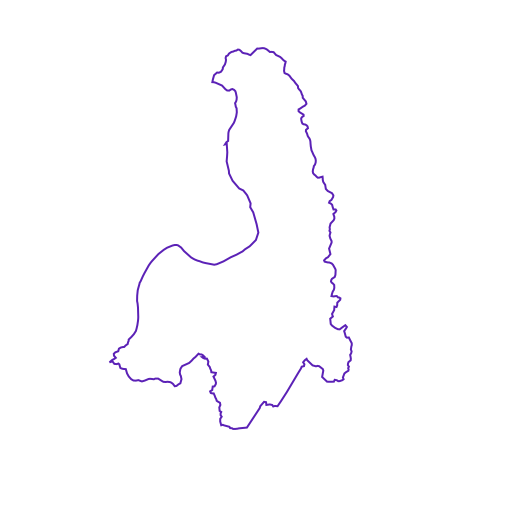 outline of Araguatins, Tocantins, Brazil, rotated 37°
{"feature_id": "56859067B78666971214463", "entity_name": "Araguatins", "entity_type": "district", "adm_level": 2, "iso_a3": "BRA", "parent_name": "Brazil", "parent_adm1": "Tocantins", "projection": "robinson", "projection_center": [-48.121, -5.645], "detail": "fine", "context": "isolated", "style": "outline", "palette": "violet", "viewbox_px": 512, "rotation_deg": 37, "n_neighbors": 0, "source": "geoboundaries", "source_scale": "gbopen_adm2", "svg_char_len": 6119}
<svg xmlns="http://www.w3.org/2000/svg" viewBox="0 0 512 512"><g transform="rotate(37 256 256)"><path d="M229.6,286.2L227.9,288.1L221.6,291.2L220.4,291.8L218.4,292.7L217.2,293.2L214.1,294.1L212.1,294.9L209.5,295.6L207.8,295.9L205.0,296.2L195.6,295.4L191.1,294.3L187.4,294.4L186.1,294.9L184.4,296.2L183.0,297.9L180.0,302.9L178.6,306.6L176.9,313.2L176.0,322.5L175.9,324.5L176.0,327.9L177.2,336.6L177.8,340.1L179.1,345.8L179.2,347.3L179.8,348.6L181.6,353.2L182.2,354.6L185.0,359.2L188.1,363.5L190.0,365.2L192.7,368.1L198.7,375.6L199.8,377.2L200.9,379.0L202.9,382.7L203.6,384.3L204.2,385.6L205.2,388.1L205.5,391.9L205.2,395.7L204.6,399.3L205.4,400.5L205.7,401.9L206.5,403.5L205.7,406.0L205.5,407.9L204.3,409.0L203.1,410.5L202.3,412.5L203.3,415.0L201.6,417.6L201.3,419.7L202.6,421.1L205.3,421.7L204.7,423.6L203.7,425.6L203.0,429.1L204.0,427.6L205.0,426.6L207.8,427.4L209.9,426.1L210.8,424.7L212.1,424.8L213.5,425.9L215.0,427.0L216.2,426.8L217.9,426.1L220.1,424.7L223.7,427.4L226.9,428.8L230.5,429.5L233.0,429.2L235.0,427.9L236.8,425.9L239.0,425.3L240.4,424.8L242.1,422.5L244.2,418.9L245.2,417.9L246.8,416.9L248.6,415.9L249.3,414.6L251.6,412.8L256.5,412.4L257.8,412.2L259.7,411.0L261.0,409.7L263.3,408.4L264.6,408.1L266.6,408.1L269.5,408.9L270.7,407.6L271.3,405.2L272.2,403.2L270.6,399.2L268.1,397.0L266.8,396.4L265.2,394.9L264.1,392.8L263.5,391.4L263.3,388.4L267.0,381.6L267.6,378.2L267.8,375.5L268.4,373.2L268.9,368.6L270.3,368.4L271.8,367.4L273.4,367.2L275.3,367.5L273.7,369.2L275.4,369.2L277.1,368.7L278.6,367.5L281.5,369.0L282.9,371.7L285.9,372.5L287.1,373.4L289.0,374.4L290.3,375.7L292.3,374.6L294.3,373.5L295.1,375.3L294.6,377.9L298.8,380.1L300.4,381.4L301.0,382.6L301.3,385.1L300.0,386.3L301.7,389.4L300.8,391.7L302.3,392.6L303.7,392.1L304.9,391.2L307.4,392.6L308.7,393.5L310.3,394.2L311.8,395.3L313.5,395.2L315.5,394.9L317.2,396.4L317.8,399.0L320.2,401.6L322.1,401.5L322.4,402.9L323.5,404.4L325.3,405.0L325.4,407.5L327.0,409.7L330.1,412.1L331.1,410.8L332.4,410.5L337.6,408.4L338.9,409.0L340.5,408.0L341.8,407.9L343.5,406.6L345.2,405.0L346.0,404.0L352.0,398.5L350.5,375.2L349.8,373.4L350.2,367.6L352.0,366.7L353.9,368.7L356.4,366.2L358.7,365.2L360.3,365.8L361.3,364.4L363.6,363.0L363.3,356.8L362.5,346.0L360.1,324.1L359.6,318.8L359.1,316.9L360.6,315.1L359.8,313.3L357.6,312.5L357.7,309.9L358.3,307.7L359.6,308.4L367.0,309.3L370.3,308.0L371.3,306.7L372.8,306.0L377.4,306.1L378.7,307.0L381.6,312.8L388.4,313.6L391.6,311.3L393.8,309.5L393.4,307.5L395.3,306.6L397.0,306.5L398.1,305.6L399.7,303.2L400.1,301.7L398.5,300.7L397.3,296.6L397.8,294.6L398.8,292.1L398.2,290.8L397.1,290.1L396.8,288.5L395.0,287.8L394.2,286.5L393.7,285.0L394.4,282.4L393.6,281.0L392.4,279.8L390.7,278.3L390.6,276.6L389.8,274.7L388.0,273.5L386.6,270.9L386.1,269.5L384.9,268.0L381.3,266.3L379.2,265.2L377.8,266.5L376.2,266.4L373.4,264.2L371.6,262.9L371.5,259.8L371.3,258.0L369.0,257.5L367.9,260.9L367.0,264.2L365.4,265.2L362.4,265.8L360.3,265.8L358.5,265.8L356.6,265.3L353.0,261.4L353.8,258.1L351.6,256.5L351.0,252.2L349.1,249.2L351.0,248.3L350.6,246.7L349.0,244.3L349.6,240.3L348.9,239.0L347.5,239.1L346.5,239.7L344.6,239.4L343.2,240.6L342.5,241.5L340.4,242.6L339.4,240.3L338.7,238.2L338.5,236.1L337.7,234.3L335.9,232.1L334.1,231.7L332.4,231.7L331.2,231.2L330.6,230.0L330.4,228.5L331.5,225.4L330.8,223.3L328.1,219.3L327.1,218.6L322.8,216.7L321.0,216.4L319.8,216.7L318.4,217.1L317.1,218.0L314.2,219.2L313.0,218.5L313.3,215.6L314.2,213.7L314.3,209.7L309.9,206.1L308.3,199.8L307.4,198.6L304.8,197.3L302.6,195.6L302.0,194.3L301.3,192.4L299.5,191.7L298.9,190.2L297.5,188.8L296.0,185.2L296.5,180.7L296.1,179.0L295.0,177.6L292.5,175.9L293.1,173.0L292.8,171.3L291.6,170.9L289.9,172.2L287.7,170.7L286.0,169.3L284.4,169.1L282.3,169.5L281.8,167.8L282.5,165.9L282.1,162.5L281.3,161.0L278.9,160.1L274.2,160.9L271.4,160.4L268.4,157.5L266.8,157.0L265.0,156.3L263.5,155.0L262.6,153.9L261.4,152.6L260.3,154.0L259.3,155.4L258.1,156.3L256.5,156.2L255.0,155.9L253.4,155.9L251.8,155.5L250.5,154.4L249.4,152.5L248.8,150.7L248.1,149.4L248.1,147.5L247.4,145.5L246.4,143.9L245.1,142.6L243.6,141.7L241.9,141.0L240.3,140.2L238.4,139.1L236.7,138.2L233.8,135.5L232.8,134.4L231.7,133.2L230.7,132.0L229.5,130.9L228.0,130.0L226.3,129.5L224.9,128.9L223.5,127.8L222.1,127.0L220.8,126.4L220.0,125.1L220.6,122.7L219.2,121.5L217.9,121.2L216.4,121.3L214.6,122.2L213.3,122.3L211.7,121.3L210.1,119.9L209.2,118.8L209.2,117.1L209.8,115.5L208.9,114.5L207.5,114.6L205.8,114.8L204.3,114.9L202.8,114.7L201.8,113.3L202.6,111.5L203.1,109.9L203.7,108.2L204.5,106.6L204.7,104.1L202.8,102.6L198.1,101.5L196.9,100.0L195.5,99.4L194.2,98.5L192.8,97.6L191.4,97.2L190.1,97.0L188.5,96.5L187.3,95.1L185.8,94.7L184.4,94.4L182.8,94.0L181.2,93.4L179.6,93.2L177.9,93.0L176.4,92.6L174.6,92.0L172.8,91.8L171.4,92.0L170.0,92.5L168.7,92.7L167.0,91.3L166.1,89.8L165.2,88.5L164.6,87.0L163.9,85.8L163.3,84.1L162.7,82.9L161.2,83.1L159.5,83.0L157.3,82.6L155.4,82.5L153.4,82.9L151.1,83.4L149.2,83.0L147.4,82.6L145.6,83.6L144.3,84.7L140.7,84.5L139.1,84.7L137.4,85.2L136.0,86.1L134.6,87.5L133.3,88.8L132.1,89.6L130.7,98.9L129.1,99.4L127.5,99.7L125.9,100.5L124.3,101.3L122.8,101.8L120.8,101.4L118.7,101.3L117.3,102.0L116.7,103.7L115.5,105.0L114.8,106.4L113.6,107.8L113.0,109.4L112.6,110.7L112.8,112.7L111.9,114.5L112.6,116.2L114.0,117.4L115.0,119.2L115.9,121.7L116.0,123.7L116.1,125.4L116.9,126.6L117.1,128.0L117.1,130.1L116.0,132.0L114.5,132.9L113.7,136.8L115.3,140.9L116.5,143.4L117.9,142.5L119.5,141.9L126.3,140.3L131.1,141.2L133.3,141.2L135.1,140.0L135.7,138.2L136.6,136.9L138.5,136.5L140.3,136.8L141.6,137.7L145.1,140.8L146.4,142.8L147.1,144.6L147.3,146.5L148.6,147.6L150.1,149.0L151.6,149.7L154.2,152.8L154.9,154.1L156.1,156.4L156.7,158.1L157.7,161.1L158.2,163.1L158.7,171.4L159.3,173.1L160.0,174.5L164.5,180.9L163.9,182.9L164.1,185.5L165.2,184.1L170.7,190.5L172.9,193.8L175.6,198.1L183.1,204.3L184.8,206.3L192.0,210.0L201.9,212.2L206.4,211.3L210.8,212.4L212.5,212.9L220.0,217.2L222.0,220.5L225.3,221.9L227.5,222.8L237.3,230.2L243.8,235.9L246.3,243.3L245.5,249.4L245.1,252.1L243.2,257.2L242.5,260.5L241.9,261.7L239.7,266.6L236.6,272.2L233.3,279.8L229.6,286.2Z" fill="none" stroke="#5b21b6" stroke-width="2"/></g></svg>